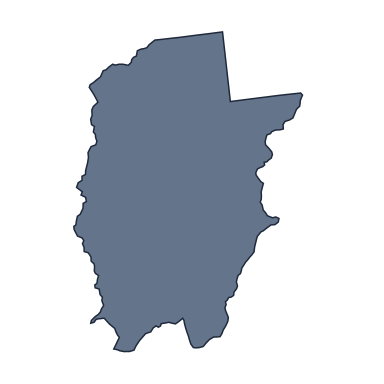 outline of Novo Horizonte do Oeste, Rondônia, Brazil, rotated 353°
{"feature_id": "56859067B86111440649548", "entity_name": "Novo Horizonte do Oeste", "entity_type": "district", "adm_level": 2, "iso_a3": "BRA", "parent_name": "Brazil", "parent_adm1": "Rondônia", "projection": "albers", "projection_center": [-62.087, -11.689], "detail": "fine", "context": "isolated", "style": "filled", "palette": "slate", "viewbox_px": 384, "rotation_deg": 353, "n_neighbors": 0, "source": "geoboundaries", "source_scale": "gbopen_adm2", "svg_char_len": 2825}
<svg xmlns="http://www.w3.org/2000/svg" viewBox="0 0 384 384"><g transform="rotate(353 192 192)"><path d="M202.2,339.0L204.4,336.3L206.1,332.9L209.3,328.8L211.8,324.7L212.8,320.9L210.9,313.9L210.6,310.9L212.2,307.8L211.8,305.0L213.9,303.6L215.5,301.2L218.1,301.1L220.7,299.7L221.5,296.5L224.4,293.5L225.7,290.9L225.1,286.7L226.1,283.7L227.7,280.3L230.1,278.9L231.1,276.8L232.2,273.6L235.1,270.1L236.6,268.2L239.3,265.8L241.6,263.5L243.7,261.7L246.3,259.0L247.5,254.1L251.3,244.1L255.6,240.0L257.8,239.3L261.7,236.9L266.4,234.3L270.3,234.5L273.9,232.4L275.1,228.9L272.2,227.0L268.8,227.4L264.0,224.8L262.7,222.0L260.5,218.5L260.0,213.4L258.5,210.4L259.8,207.8L260.4,204.6L260.7,200.2L263.9,192.1L261.5,190.0L259.4,186.3L257.7,183.0L257.7,180.5L259.8,177.1L262.8,176.0L265.2,175.5L267.4,174.0L267.2,171.3L269.9,171.2L271.9,169.6L274.8,168.0L276.4,164.6L276.0,161.8L273.9,158.4L270.7,154.0L270.8,150.8L272.1,147.2L273.3,144.5L277.0,143.6L278.6,141.8L282.3,140.7L287.0,141.0L290.3,140.6L290.6,136.2L292.9,133.3L297.6,132.4L301.2,130.8L303.8,126.2L305.8,122.6L309.3,120.0L310.1,117.2L310.5,114.8L312.1,111.7L313.5,109.3L311.9,107.0L298.6,106.8L288.3,106.7L257.7,106.8L241.1,106.9L241.8,36.8L228.9,36.9L213.8,36.9L199.2,37.0L173.6,36.7L167.5,40.5L164.7,43.3L161.4,43.9L159.0,43.9L155.0,45.1L153.3,50.3L150.4,51.2L148.3,53.2L147.5,55.9L144.2,58.5L139.1,56.8L135.4,56.3L131.2,56.7L128.9,55.5L124.9,57.7L121.6,60.2L118.6,60.8L115.2,66.6L111.6,68.7L107.4,71.4L103.9,73.2L102.8,75.6L106.6,83.5L108.1,87.4L109.6,91.4L104.5,95.1L102.6,98.3L102.2,103.8L100.3,107.5L100.5,112.9L103.1,115.1L101.4,120.5L103.1,123.0L103.0,126.4L103.8,130.0L102.3,133.4L97.3,134.7L93.6,140.2L93.4,145.2L91.9,150.4L89.0,157.9L88.4,161.6L84.7,163.0L84.3,167.0L80.1,169.0L78.0,173.4L83.1,178.4L81.5,181.5L85.7,184.3L86.0,188.6L82.6,190.0L81.8,195.0L78.3,200.5L75.3,202.1L73.7,206.7L72.7,210.6L70.5,211.7L70.5,215.1L73.0,221.8L77.3,224.2L78.7,227.1L77.0,229.9L78.1,233.7L77.7,238.0L81.6,239.7L83.8,244.1L83.5,248.3L86.1,251.6L86.2,254.0L85.4,258.5L86.2,261.0L89.1,263.6L87.6,266.9L86.5,271.1L84.2,272.4L84.2,275.3L88.0,277.0L88.3,282.7L90.2,285.4L89.3,288.9L90.5,293.8L87.9,297.0L86.3,300.1L83.9,302.2L81.0,303.7L76.5,307.2L75.5,309.9L78.9,309.4L81.5,306.6L85.8,306.5L89.5,306.6L93.9,312.9L98.7,318.0L99.6,322.0L100.7,325.0L102.2,327.4L99.3,331.9L97.5,334.8L95.2,338.3L98.8,339.5L101.0,340.8L105.1,342.1L110.7,342.7L115.1,341.9L117.9,337.6L121.9,333.0L128.7,326.9L134.0,325.8L136.9,322.2L140.0,320.5L142.1,322.1L144.4,321.2L145.4,318.9L149.3,318.8L153.0,318.5L156.3,319.8L159.5,320.9L163.4,318.8L167.4,316.2L168.4,318.6L168.5,321.6L169.1,326.0L170.0,330.9L170.9,334.5L171.3,337.6L172.3,342.7L174.4,346.6L177.1,347.2L180.4,347.3L184.3,346.7L187.5,343.7L191.1,340.7L195.7,338.6L198.9,338.9L202.2,339.0Z" fill="#64748b" stroke="#1e293b" stroke-width="1.5"/></g></svg>